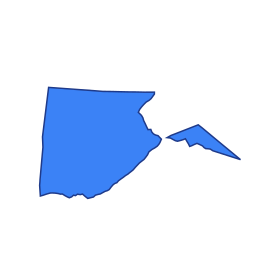 outline of Joaquim Gomes, Alagoas, Brazil, rotated 346°
{"feature_id": "56859067B41171475234943", "entity_name": "Joaquim Gomes", "entity_type": "district", "adm_level": 2, "iso_a3": "BRA", "parent_name": "Brazil", "parent_adm1": "Alagoas", "projection": "albers", "projection_center": [-35.737, -9.072], "detail": "fine", "context": "isolated", "style": "filled", "palette": "blue", "viewbox_px": 256, "rotation_deg": 346, "n_neighbors": 0, "source": "geoboundaries", "source_scale": "gbopen_adm2", "svg_char_len": 1577}
<svg xmlns="http://www.w3.org/2000/svg" viewBox="0 0 256 256"><g transform="rotate(346 128 128)"><path d="M60.8,69.4L42.9,115.9L40.8,126.1L30.2,156.7L29.5,159.0L28.4,162.2L26.5,172.8L29.4,172.7L32.9,172.4L36.8,172.3L38.7,172.7L41.4,173.5L44.4,174.7L46.4,175.8L48.4,176.2L50.3,178.2L52.6,180.3L54.2,181.5L56.6,181.2L58.9,180.0L60.7,180.9L62.9,180.0L65.6,181.1L67.9,181.1L70.1,184.3L71.9,186.6L74.8,186.6L77.8,186.6L80.1,185.3L82.8,185.2L85.2,185.3L87.4,184.7L90.5,183.9L92.8,183.8L94.9,183.2L97.6,181.0L100.1,179.3L102.0,178.6L103.9,178.4L106.0,176.9L108.9,175.7L111.5,174.7L114.2,173.5L116.8,172.7L118.6,171.8L120.9,170.8L123.0,169.8L125.6,167.9L128.1,166.3L130.6,164.7L133.5,163.4L136.0,162.3L138.1,160.7L140.6,158.6L142.4,156.3L144.3,155.4L146.1,154.6L149.1,153.8L152.0,152.7L154.1,151.2L155.5,149.8L157.7,146.9L156.3,144.5L155.3,142.7L152.9,141.4L151.2,139.8L150.1,137.6L149.8,134.9L147.0,134.4L146.3,131.0L145.7,127.8L145.0,124.6L144.9,121.7L144.1,119.0L141.8,115.3L143.8,112.8L145.9,111.1L147.9,109.7L149.6,108.6L152.0,107.2L155.1,106.3L157.5,105.1L159.8,103.2L161.8,101.5L162.3,99.6L152.9,97.3L144.9,95.1L136.4,92.9L125.1,89.8L121.5,88.8L112.4,86.4L106.2,84.3L60.8,69.4ZM229.5,185.9L213.3,164.0L199.8,145.6L196.9,141.9L173.7,144.9L168.0,145.6L163.6,146.8L166.7,148.0L169.2,150.3L170.9,151.8L172.8,152.8L176.2,152.8L179.2,152.6L181.1,152.3L181.9,155.1L182.8,158.0L183.4,160.8L185.5,160.6L188.4,160.0L191.2,159.6L193.6,161.4L196.0,163.4L197.0,165.3L198.4,166.8L200.9,167.6L202.8,168.4L204.8,170.6L229.5,185.9Z" fill="#3b82f6" stroke="#1e3a8a" stroke-width="1.5"/></g></svg>